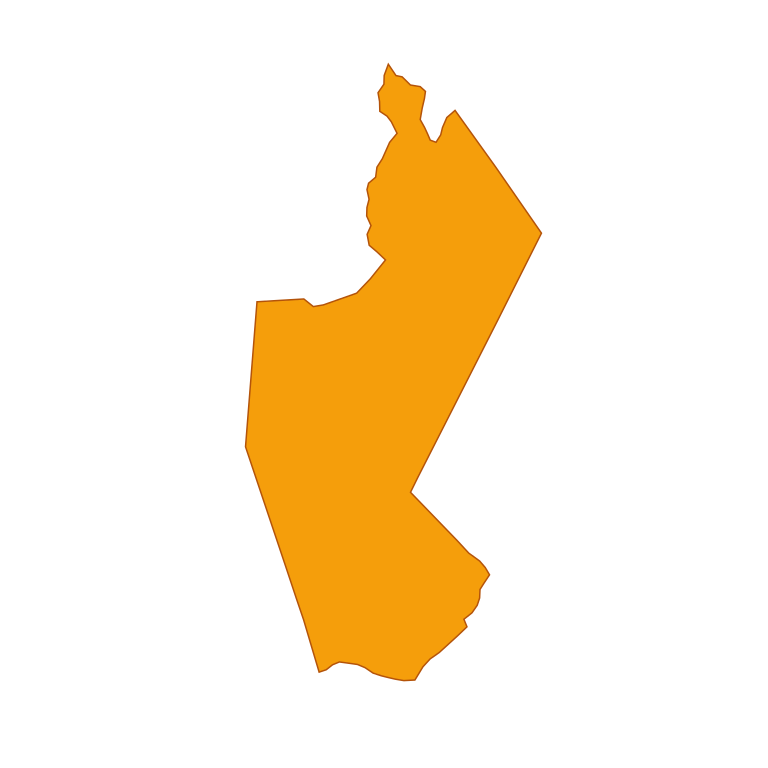 outline of Matriz de Camaragibe, Alagoas, Brazil, rotated 236°
{"feature_id": "56859067B60673202166209", "entity_name": "Matriz de Camaragibe", "entity_type": "district", "adm_level": 2, "iso_a3": "BRA", "parent_name": "Brazil", "parent_adm1": "Alagoas", "projection": "equal_earth", "projection_center": [-35.571, -9.107], "detail": "fine", "context": "isolated", "style": "filled", "palette": "amber", "viewbox_px": 768, "rotation_deg": 236, "n_neighbors": 0, "source": "geoboundaries", "source_scale": "gbopen_adm2", "svg_char_len": 1215}
<svg xmlns="http://www.w3.org/2000/svg" viewBox="0 0 768 768"><g transform="rotate(236 384 384)"><path d="M180.0,184.4L178.5,191.6L172.8,198.0L166.3,205.2L159.4,209.7L150.4,213.3L143.7,218.5L138.8,222.9L133.1,228.2L127.0,234.6L121.3,244.1L127.8,258.2L130.3,268.6L130.5,279.7L132.3,291.9L134.1,304.2L136.3,317.0L144.3,318.7L145.1,329.0L148.4,337.5L153.1,343.6L160.0,348.7L163.0,355.6L166.8,364.8L175.3,365.3L183.8,364.3L196.4,359.7L212.7,357.2L279.4,345.4L287.6,359.7L326.4,429.6L372.8,513.1L421.0,598.9L501.1,597.9L571.1,595.9L569.8,585.1L563.9,575.9L558.8,570.3L555.3,562.3L560.3,558.7L567.1,560.0L574.0,561.1L583.0,561.9L591.4,570.0L598.1,577.2L603.4,582.0L610.3,580.3L617.1,573.1L628.5,570.8L633.0,566.4L646.7,566.4L639.7,556.7L632.6,551.6L628.8,541.9L620.7,538.3L612.4,533.0L604.4,536.3L597.3,536.7L584.5,535.0L581.2,523.8L571.7,508.6L567.7,499.4L560.1,492.7L559.1,483.5L554.7,478.6L545.5,474.9L539.9,468.6L533.0,463.6L522.6,461.8L517.5,453.7L507.3,449.3L497.3,452.1L486.0,454.6L478.8,431.3L474.6,412.1L483.5,377.9L487.7,368.7L499.3,365.1L523.2,324.7L409.4,234.1L287.8,200.5L265.9,194.4L255.9,191.6L233.5,185.5L181.4,169.1L179.4,176.3L180.0,184.4Z" fill="#f59e0b" stroke="#b45309" stroke-width="1.5"/></g></svg>